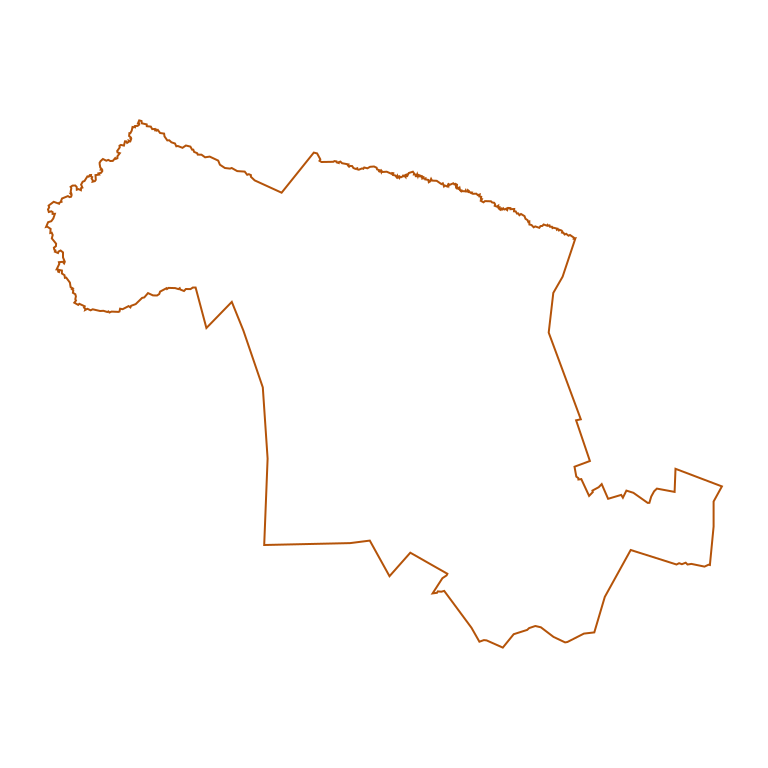 the district of Chilanga, Lusaka, Zambia
{"feature_id": "96606910B81629947645825", "entity_name": "Chilanga", "entity_type": "district", "adm_level": 2, "iso_a3": "ZMB", "parent_name": "Zambia", "parent_adm1": "Lusaka", "projection": "albers", "projection_center": [27.992, -15.452], "detail": "fine", "context": "isolated", "style": "outline", "palette": "amber", "viewbox_px": 768, "rotation_deg": 0, "n_neighbors": 0, "source": "geoboundaries", "source_scale": "gbopen_adm2", "svg_char_len": 6020}
<svg xmlns="http://www.w3.org/2000/svg" viewBox="0 0 768 768"><path d="M48.6,205.6L49.2,207.3L48.0,209.4L48.8,212.0L51.3,211.3L52.6,212.1L52.6,213.9L54.9,213.8L53.3,218.5L51.3,221.2L48.1,222.2L46.1,226.9L47.2,226.6L50.6,228.9L50.3,233.0L51.7,232.7L52.7,235.0L51.8,238.4L56.1,243.7L55.9,246.2L53.9,247.7L54.3,249.7L55.4,250.4L54.9,251.7L58.0,253.0L58.6,251.5L60.6,250.5L63.0,252.4L63.0,257.4L64.8,261.8L64.1,263.4L62.8,261.8L58.9,262.2L59.3,263.9L56.6,269.4L57.9,269.5L58.2,271.7L59.0,272.0L59.3,270.0L61.9,270.5L61.9,273.5L64.5,275.2L64.9,277.8L66.2,277.6L69.9,282.6L70.6,287.1L72.8,288.4L71.9,289.1L73.3,290.3L72.9,292.8L75.3,294.2L75.9,296.4L75.3,299.2L76.0,300.5L74.3,302.7L78.2,304.9L79.3,303.8L84.7,306.3L84.0,307.6L85.4,308.8L85.1,310.0L87.4,308.8L90.6,310.3L92.7,309.3L100.1,311.0L103.4,310.8L107.3,312.0L108.4,311.4L109.4,312.5L111.6,311.6L118.5,311.9L119.5,311.5L120.1,308.7L122.6,309.2L128.6,306.1L130.4,307.4L131.1,305.8L135.7,304.1L142.1,297.9L144.3,297.4L148.0,293.1L153.0,295.4L157.0,295.5L159.2,294.1L160.1,291.6L166.5,288.2L167.0,289.0L168.5,287.9L175.2,288.1L178.4,289.1L179.7,288.2L180.2,289.5L184.0,291.0L185.9,289.0L190.5,289.1L192.9,287.5L195.6,287.5L206.4,328.0L231.8,301.9L243.4,330.6L262.8,387.4L267.6,458.6L264.2,545.0L350.2,543.1L369.8,540.6L389.5,576.2L410.3,552.7L447.4,573.8L446.6,575.4L442.4,578.2L432.6,593.4L437.0,592.8L437.8,591.4L441.4,591.7L444.2,590.9L471.5,627.8L479.4,641.7L483.9,640.1L486.6,640.4L502.8,647.6L513.7,634.2L527.2,629.9L529.1,628.1L535.3,626.0L540.9,627.3L553.5,636.9L565.1,642.4L567.4,642.0L583.9,633.6L594.3,632.4L604.8,596.9L630.7,550.0L676.5,564.5L679.1,563.2L681.9,564.2L685.7,562.7L687.5,564.5L691.4,563.9L704.5,566.6L708.6,564.7L709.9,565.0L713.6,526.6L713.6,501.5L721.9,486.4L675.5,468.8L674.6,491.9L656.9,488.6L654.1,491.3L651.2,496.6L649.4,502.8L647.7,502.9L633.4,492.8L626.4,490.6L622.9,497.7L621.2,494.9L608.1,498.8L601.7,484.1L598.7,487.2L592.4,490.6L592.8,492.1L589.1,495.9L581.3,479.1L578.4,479.5L578.3,478.1L576.3,476.6L574.5,466.7L589.9,461.0L576.1,420.3L580.8,419.3L548.7,332.6L553.3,292.9L562.6,276.7L575.4,238.3L573.7,238.7L573.8,237.6L570.0,235.0L568.5,235.7L566.2,233.8L564.6,234.5L563.6,233.0L562.0,232.6L562.4,231.5L561.5,230.5L559.4,229.8L558.9,230.4L557.8,228.9L556.9,229.6L556.6,228.5L553.5,227.7L552.5,228.1L552.0,226.8L549.9,226.7L549.5,225.4L548.0,225.8L547.5,224.9L546.8,225.6L543.6,224.5L542.4,225.9L540.5,226.1L539.3,227.8L535.2,226.4L533.7,227.3L531.5,225.0L529.4,224.5L529.3,221.5L528.3,222.0L527.5,220.1L525.5,218.8L524.5,216.1L521.0,214.0L519.4,215.2L518.2,213.4L517.0,213.6L515.7,211.4L514.0,211.3L514.2,209.0L510.4,209.2L510.4,208.1L507.9,207.9L506.6,208.5L507.5,209.2L507.2,210.1L505.9,209.0L504.3,209.5L503.2,208.3L502.3,209.4L501.4,208.6L500.7,209.9L499.6,209.3L500.0,208.4L498.9,208.2L499.4,207.2L498.1,207.0L498.2,205.7L496.8,206.6L494.7,205.8L495.1,204.3L494.2,202.8L492.0,202.4L491.0,201.3L485.0,201.1L483.5,202.3L480.8,200.8L481.9,199.1L480.9,198.8L481.2,196.8L479.3,196.4L479.7,194.5L477.7,195.1L476.4,193.7L472.9,193.8L471.3,193.1L471.7,192.5L468.7,192.1L468.9,191.0L468.0,190.3L467.9,191.3L466.1,191.5L465.7,190.4L465.2,191.3L461.6,191.1L460.9,192.1L461.4,190.4L460.0,190.2L459.5,187.7L458.5,188.7L457.8,187.7L457.0,188.5L456.1,187.7L455.9,185.8L456.9,185.7L457.0,184.7L455.4,183.8L454.3,184.4L453.3,183.3L449.8,184.8L448.8,184.2L448.5,185.9L447.9,185.0L447.2,186.5L444.8,185.5L444.0,186.4L442.8,183.3L441.4,184.1L436.7,180.8L432.0,180.6L431.1,178.9L430.0,181.5L428.8,182.2L428.3,179.9L425.3,179.4L425.5,178.3L422.5,178.5L423.1,177.1L421.9,177.2L422.0,176.3L419.8,176.3L420.5,175.7L418.1,174.8L417.8,176.0L417.3,174.5L416.8,176.2L415.8,176.2L415.7,174.6L413.9,174.5L414.2,173.6L412.9,171.7L408.8,173.0L407.2,176.1L406.3,176.0L406.4,174.6L405.5,174.9L405.5,177.0L404.4,175.9L403.5,176.2L403.2,174.8L402.9,176.3L400.9,177.3L399.7,176.5L399.3,177.7L398.7,176.7L397.9,177.5L397.3,175.8L396.6,177.2L395.3,175.5L393.0,175.0L393.3,173.2L392.1,173.0L391.7,173.9L386.7,171.7L382.5,172.0L381.5,170.8L381.2,172.1L380.4,170.7L378.7,172.0L379.6,170.3L377.1,169.4L376.6,167.7L374.0,166.5L370.1,166.8L367.4,168.3L364.2,167.5L363.3,168.8L362.1,168.4L358.8,169.7L357.3,169.3L357.2,168.3L355.5,168.9L353.4,168.0L352.2,166.1L350.0,165.9L349.1,166.7L347.9,165.4L348.4,164.4L342.0,163.2L340.4,161.6L338.7,162.2L338.7,163.0L336.7,162.4L336.5,161.4L334.4,161.1L333.3,161.8L321.5,162.0L319.5,160.8L320.3,159.3L317.1,153.4L313.8,152.6L281.6,192.7L254.7,180.4L250.9,176.8L250.9,175.1L248.8,174.2L247.2,174.8L244.7,171.6L237.2,171.1L231.7,168.0L230.0,168.6L224.9,168.0L219.9,164.7L218.2,160.6L209.7,156.6L205.1,157.3L201.5,154.7L197.7,154.6L197.2,153.2L194.1,151.9L193.3,149.7L192.1,149.7L190.4,146.6L185.9,145.5L182.5,147.8L177.8,146.0L176.3,146.3L175.0,143.5L171.4,142.3L169.3,140.3L167.3,140.4L164.5,136.4L164.1,133.6L160.1,133.0L157.8,129.9L156.8,130.6L155.8,129.3L155.1,130.2L154.4,129.0L152.2,129.1L150.8,126.6L146.8,126.2L146.7,124.4L141.8,123.3L141.5,121.0L139.2,120.4L138.0,123.3L139.1,123.4L139.2,124.6L137.6,125.9L135.5,126.0L135.1,127.0L134.5,126.4L133.7,127.3L132.5,127.0L131.7,130.7L130.4,133.1L129.4,133.1L129.1,136.0L130.9,137.5L130.5,138.4L131.2,138.9L130.3,141.3L128.7,140.6L128.9,141.7L127.1,142.9L126.2,141.4L125.0,141.3L123.9,145.6L120.9,144.9L119.5,145.7L119.7,147.5L117.2,151.0L117.5,152.4L119.8,153.2L117.4,156.3L117.4,158.2L115.8,158.9L115.2,158.1L112.8,160.9L110.3,161.0L108.3,159.9L106.3,160.7L102.9,159.0L100.7,161.0L99.6,162.8L99.7,164.3L100.3,167.6L101.5,168.8L100.8,169.7L102.2,170.0L102.3,171.1L101.1,172.8L98.5,173.4L99.2,174.6L95.5,175.1L95.8,179.8L94.9,181.1L92.6,181.7L92.9,180.6L91.6,178.5L92.2,177.1L90.8,176.2L91.0,175.0L89.8,175.1L88.7,176.7L87.4,176.4L84.5,181.0L82.7,181.7L81.1,184.6L82.4,187.6L81.1,188.1L80.9,190.2L78.6,189.1L76.8,189.7L76.7,187.0L75.3,185.5L72.5,185.6L70.6,186.9L71.3,188.1L70.7,191.6L71.3,193.5L70.5,193.6L71.6,195.1L71.1,196.7L69.6,197.1L67.9,196.1L62.0,198.5L61.0,201.1L61.5,201.8L59.2,202.8L59.0,203.7L53.7,201.8L48.6,205.6Z" fill="none" stroke="#b45309" stroke-width="2"/></svg>